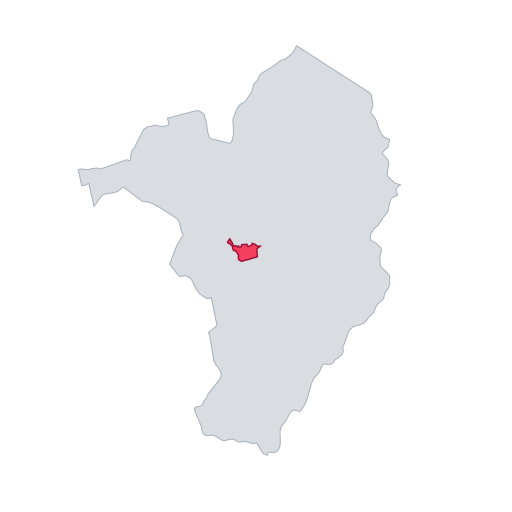 Mayendit, Unity, South Sudan shown in context, rotated 258°
{"feature_id": "79223893B14659068163591", "entity_name": "Mayendit", "entity_type": "district", "adm_level": 2, "iso_a3": "SSD", "parent_name": "South Sudan", "parent_adm1": "Unity", "projection": "albers", "projection_center": [30.03, 8.125], "detail": "fine", "context": "in_parent", "style": "filled", "palette": "rose", "viewbox_px": 512, "rotation_deg": 258, "n_neighbors": 0, "source": "geoboundaries", "source_scale": "gbopen_adm2", "svg_char_len": 4150}
<svg xmlns="http://www.w3.org/2000/svg" viewBox="0 0 512 512"><g transform="rotate(258 256 256)"><path d="M407.6,385.4L393.2,400.0L392.1,400.9L390.3,402.1L384.4,402.2L378.4,401.5L372.7,397.8L367.0,400.7L363.4,401.7L361.3,402.0L356.2,402.5L349.1,404.1L345.9,406.1L344.1,407.7L342.7,410.5L342.0,410.8L340.7,410.5L338.8,409.3L335.0,407.7L333.1,404.1L331.3,401.9L329.9,400.8L323.8,404.4L320.9,405.3L318.5,405.2L314.1,403.2L309.3,401.5L306.8,401.5L303.1,403.6L298.8,406.9L296.6,410.1L295.6,412.0L294.1,409.1L292.7,407.3L290.6,406.6L286.6,407.3L285.6,406.2L285.4,403.7L284.8,401.5L283.7,399.7L280.6,398.0L272.5,394.5L266.3,387.6L263.2,384.3L260.9,382.2L257.7,376.7L254.0,373.0L249.6,371.2L246.7,372.1L243.6,376.1L237.9,379.9L235.3,380.0L231.9,377.9L227.7,376.5L220.1,375.8L217.0,377.6L212.9,380.5L209.4,382.2L207.3,382.4L205.3,381.7L203.0,381.3L201.0,381.3L197.0,378.6L194.9,376.6L193.5,374.7L191.2,373.4L188.6,372.4L186.7,370.7L185.7,368.6L184.2,365.9L182.3,363.5L176.1,359.1L174.3,356.5L173.0,354.0L170.5,351.3L167.9,347.6L167.0,342.2L166.9,337.8L166.4,335.8L165.3,333.8L163.9,332.1L161.8,330.1L156.8,327.3L151.6,324.0L149.2,322.1L144.5,321.4L141.6,319.5L139.3,315.4L138.4,312.2L136.0,309.6L135.0,307.8L134.5,305.7L136.4,299.3L133.7,297.0L129.6,294.0L126.7,290.7L125.0,287.7L119.8,283.7L108.4,277.8L101.9,274.0L98.3,270.6L95.2,267.2L94.9,265.9L97.0,262.6L97.3,259.9L95.7,256.9L88.9,251.2L83.5,245.0L79.4,243.0L69.5,241.2L66.7,240.5L63.7,239.2L60.9,236.4L59.9,233.1L61.4,227.9L60.5,226.3L58.8,225.8L59.3,224.7L61.2,222.2L64.3,220.6L72.5,218.1L73.0,217.1L73.2,213.8L73.9,212.2L76.8,207.7L77.2,205.9L77.4,202.0L77.8,200.2L78.6,198.9L80.9,196.7L81.7,195.3L82.1,192.4L81.9,186.5L83.1,184.2L88.3,178.9L89.7,176.6L90.2,174.4L90.2,172.3L90.5,170.1L92.0,168.1L93.4,167.4L97.1,166.8L99.7,167.3L117.8,163.8L119.9,164.4L120.8,166.5L120.7,170.0L121.0,171.6L122.0,172.9L124.8,174.5L126.8,177.3L127.8,178.3L130.7,180.2L144.0,196.0L147.8,197.6L151.5,197.1L158.8,193.8L162.5,193.0L188.0,194.1L190.9,193.7L191.1,193.7L194.9,201.6L196.8,203.4L224.8,203.6L224.3,201.4L224.7,198.9L229.6,194.1L230.3,193.5L234.7,191.2L238.9,189.7L247.0,187.9L250.0,185.0L251.6,182.4L251.7,177.3L252.8,176.5L254.7,175.3L264.1,170.7L265.7,169.7L282.3,180.4L291.6,188.8L292.2,189.2L292.7,189.4L293.2,189.1L293.6,188.7L294.7,188.3L298.7,188.2L306.3,187.8L308.7,186.7L323.8,171.6L327.7,166.8L328.6,165.8L330.8,162.4L333.1,156.5L333.5,155.8L350.0,141.6L350.6,140.5L350.7,139.6L348.2,134.9L347.7,132.5L347.5,128.8L348.0,123.0L347.8,119.3L347.6,118.4L347.5,118.2L338.2,107.8L361.5,107.6L361.5,106.3L361.4,105.9L361.0,104.6L360.7,103.0L360.7,102.1L360.8,101.2L360.9,100.8L360.8,100.3L360.8,100.1L377.6,100.1L377.4,103.0L375.4,109.9L375.5,114.1L375.1,118.8L374.5,120.2L373.6,121.3L373.4,121.9L373.4,122.4L377.0,148.9L376.8,150.0L375.9,151.6L375.6,152.2L375.6,152.6L376.0,152.9L383.7,155.7L384.1,155.8L384.4,156.1L387.2,159.5L402.6,171.9L403.1,172.5L404.7,176.4L404.9,177.0L404.9,178.0L404.9,178.7L404.5,181.1L404.7,182.1L405.0,182.8L405.2,183.6L405.2,183.9L405.0,184.5L402.8,189.1L402.1,192.3L401.9,195.1L402.1,196.6L402.3,197.6L402.5,198.0L402.8,198.2L409.4,198.2L409.3,199.6L410.4,223.5L410.5,226.2L410.3,229.6L409.5,230.9L407.6,232.8L405.3,234.6L399.4,235.1L394.4,235.1L390.9,234.7L386.1,234.6L381.6,235.0L379.9,236.5L374.0,249.2L372.2,252.4L371.7,254.3L372.3,255.4L374.6,257.0L379.8,259.2L385.7,260.5L390.1,261.0L393.1,261.6L395.4,262.3L403.8,268.0L406.5,270.6L408.1,273.0L408.4,275.5L409.7,278.0L417.4,285.9L424.7,289.6L427.5,293.8L430.2,295.8L432.8,298.0L434.2,301.3L437.5,310.8L439.7,315.8L441.9,319.9L442.9,326.5L444.6,329.5L446.4,333.1L449.4,336.3L452.6,338.8L453.2,339.5L421.9,370.9L407.6,385.4Z" fill="#d9dde1" stroke="#a8b0b8" stroke-width="1"/><path d="M264.6,262.1L265.6,259.1L267.6,257.6L269.1,254.9L267.3,253.6L266.9,250.1L269.3,249.5L270.1,244.5L267.8,243.1L268.2,241.2L269.4,241.1L268.9,239.5L270.2,238.6L270.8,235.5L272.9,235.8L278.2,233.9L275.6,231.1L274.8,231.2L272.6,233.6L270.0,235.0L268.2,234.7L266.0,235.3L265.0,237.4L260.4,239.1L257.5,238.3L256.0,238.3L253.8,240.8L254.1,245.7L254.9,257.1L263.0,258.4L264.6,262.1Z" fill="#f43f5e" stroke="#9f1239" stroke-width="1.5"/></g></svg>